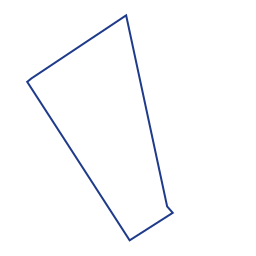 Douglas, South Dakota, United States of America (Robinson projection), rotated 237°
{"feature_id": "52423323B94061378470924", "entity_name": "Douglas", "entity_type": "district", "adm_level": 2, "iso_a3": "USA", "parent_name": "United States of America", "parent_adm1": "South Dakota", "projection": "robinson", "projection_center": [-98.384, 43.348], "detail": "fine", "context": "isolated", "style": "outline", "palette": "blue", "viewbox_px": 256, "rotation_deg": 237, "n_neighbors": 0, "source": "geoboundaries", "source_scale": "gbopen_adm2", "svg_char_len": 254}
<svg xmlns="http://www.w3.org/2000/svg" viewBox="0 0 256 256"><g transform="rotate(237 128 128)"><path d="M155.9,68.5L32.9,68.2L32.5,119.3L40.9,118.1L223.5,187.8L222.2,74.1L221.6,68.6L155.9,68.5Z" fill="none" stroke="#1e3a8a" stroke-width="2"/></g></svg>